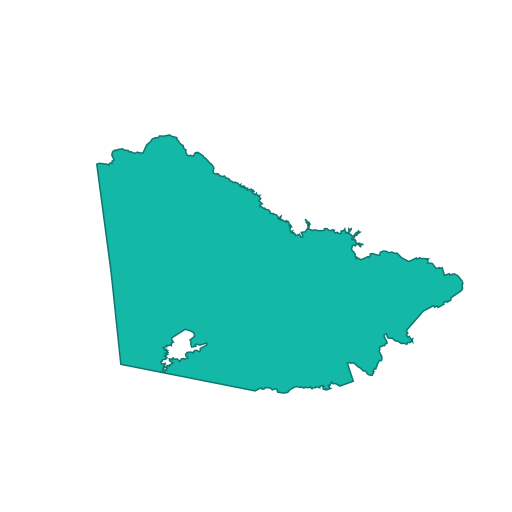 Mansfield, Victoria, Australia (Robinson projection), rotated 152°
{"feature_id": "25037944B49622483033966", "entity_name": "Mansfield", "entity_type": "district", "adm_level": 2, "iso_a3": "AUS", "parent_name": "Australia", "parent_adm1": "Victoria", "projection": "robinson", "projection_center": [146.151, -37.241], "detail": "fine", "context": "isolated", "style": "filled", "palette": "teal", "viewbox_px": 512, "rotation_deg": 152, "n_neighbors": 0, "source": "geoboundaries", "source_scale": "gbopen_adm2", "svg_char_len": 6138}
<svg xmlns="http://www.w3.org/2000/svg" viewBox="0 0 512 512"><g transform="rotate(152 256 256)"><path d="M353.5,411.8L392.0,308.5L426.2,223.8L320.1,137.3L313.8,137.3L313.0,135.4L311.2,134.8L309.3,135.3L305.3,132.7L304.4,130.1L301.2,129.6L300.2,128.4L300.8,125.6L296.0,122.0L292.1,120.7L288.3,122.1L283.1,122.1L280.5,121.1L279.0,119.4L277.7,119.2L275.7,116.9L274.8,117.2L271.6,115.1L269.2,114.9L269.5,113.6L268.7,112.4L267.1,112.9L265.6,111.8L264.2,112.2L261.5,109.7L261.0,110.8L257.8,110.5L257.1,108.8L258.4,109.0L259.1,106.6L256.6,105.5L257.0,104.8L252.3,104.0L253.1,105.4L252.7,107.8L251.9,106.9L248.3,109.1L248.0,107.1L245.3,105.7L243.7,102.7L242.8,102.6L242.9,101.7L228.9,99.8L225.6,118.6L223.2,117.9L223.0,117.1L219.8,115.6L217.8,110.1L216.3,107.9L215.3,104.1L214.4,104.0L213.0,102.3L213.1,100.1L212.3,98.4L210.6,96.6L209.1,96.2L207.8,97.6L207.3,97.5L207.2,98.3L206.2,98.6L206.7,99.1L205.6,100.4L203.6,100.8L203.3,100.0L198.3,104.5L196.1,105.6L194.4,104.8L193.7,105.3L192.0,108.4L192.2,114.1L190.6,115.1L189.9,117.4L186.0,117.2L184.6,116.4L182.5,117.8L181.4,117.4L180.8,118.3L180.6,125.2L180.0,126.1L177.3,126.0L178.0,123.4L177.7,121.4L173.8,119.1L173.8,117.8L172.6,115.3L170.7,114.3L168.9,110.6L166.2,109.4L164.3,107.2L162.7,108.5L160.7,107.2L158.6,108.1L158.1,106.6L157.6,108.4L156.6,109.4L158.4,109.4L158.4,113.1L160.1,113.1L160.0,116.4L158.4,116.4L158.1,119.7L134.2,128.8L122.4,128.8L122.4,126.9L119.5,126.9L119.4,125.1L112.7,125.2L112.5,126.7L109.3,126.8L109.0,125.5L104.9,125.5L103.2,127.6L90.9,129.0L88.8,130.4L87.4,134.2L86.3,134.4L85.8,137.2L87.1,143.9L89.5,147.3L93.8,148.2L93.5,149.5L98.7,150.5L97.1,158.2L99.6,158.8L99.4,159.6L102.8,160.3L103.9,166.8L107.8,169.2L105.7,172.3L106.4,172.8L105.6,172.8L112.2,176.9L112.2,177.6L115.3,177.6L115.3,179.0L123.6,179.3L128.3,186.1L130.1,192.3L131.6,192.7L134.3,195.7L137.1,196.5L139.1,199.3L141.3,200.6L144.6,200.9L146.0,198.8L146.7,198.8L149.3,200.6L151.6,203.3L154.2,204.2L154.6,202.9L156.9,201.9L157.3,202.9L165.0,203.3L167.0,206.5L168.4,206.5L167.8,208.0L168.9,208.0L168.9,209.0L167.7,210.6L167.6,212.0L168.7,216.9L165.7,220.2L164.3,219.5L163.7,218.3L162.6,219.2L161.0,218.8L159.8,217.1L159.6,215.4L158.8,214.7L159.3,216.0L158.6,216.9L155.8,215.7L157.7,217.4L158.9,217.7L158.6,218.7L161.1,219.8L161.5,221.1L160.8,222.6L161.4,223.5L160.9,224.3L163.1,225.0L163.8,225.9L162.9,226.6L160.8,226.2L159.2,227.6L157.4,226.9L156.7,227.7L153.0,228.2L153.8,228.8L153.7,229.9L155.1,229.3L156.3,229.6L160.2,227.9L161.7,228.4L162.3,230.8L164.0,232.7L159.8,234.6L158.5,235.9L161.3,234.4L161.3,236.4L161.9,235.8L161.9,234.1L164.0,233.5L165.9,234.2L165.2,235.5L165.6,236.5L164.9,238.2L166.8,237.2L169.1,238.1L170.3,236.1L172.0,236.6L173.2,238.8L175.2,239.1L175.9,241.2L174.8,241.9L175.6,242.3L175.7,243.2L178.1,243.4L179.7,244.4L180.4,246.9L182.8,248.0L183.4,246.7L184.4,246.8L188.4,248.7L192.2,251.7L193.8,251.8L196.8,255.1L194.5,258.1L193.3,258.7L193.5,261.2L194.9,261.9L194.6,264.0L195.5,265.3L195.1,263.7L195.9,261.9L194.9,259.4L196.0,258.9L196.0,257.5L197.5,256.0L201.4,254.3L205.0,255.6L205.1,251.9L206.4,250.8L207.3,251.6L207.4,254.8L211.4,255.3L211.3,257.3L212.4,258.2L211.8,258.9L213.6,259.9L212.0,260.9L214.0,261.3L214.1,262.7L212.0,265.3L210.8,265.0L210.7,265.7L211.7,266.1L211.2,267.0L212.5,266.6L211.3,269.7L211.5,271.5L212.6,271.4L212.4,272.4L213.1,272.0L213.2,272.9L214.3,272.5L215.6,275.4L217.1,275.9L216.8,276.7L217.4,276.9L215.2,279.4L216.1,279.3L217.6,277.8L217.7,278.4L218.2,277.5L218.8,278.0L218.0,278.8L218.7,279.1L218.4,282.2L220.9,285.1L220.7,286.0L221.3,285.3L223.5,287.1L222.7,287.8L223.1,290.6L225.7,292.7L225.9,294.2L226.7,294.0L228.1,297.1L229.4,298.0L228.0,299.3L226.0,299.1L227.5,303.5L224.9,304.4L225.5,307.1L224.2,307.7L226.1,308.5L226.5,309.7L226.1,311.2L228.1,310.5L229.3,313.4L228.4,314.3L227.5,313.9L227.6,315.2L229.2,314.6L229.9,315.2L228.5,316.4L228.7,317.3L232.8,318.3L231.6,319.9L233.1,320.4L233.6,322.8L234.6,321.8L234.5,323.6L235.3,323.2L235.6,324.3L236.7,323.8L236.7,325.4L236.0,326.3L237.4,325.9L237.8,328.8L239.1,329.5L239.3,330.7L241.7,331.6L242.0,333.0L243.4,334.3L243.7,336.9L245.9,339.1L246.3,341.5L247.8,341.6L250.1,343.6L250.9,346.4L251.8,347.1L252.6,346.7L254.6,349.2L254.3,350.8L252.0,353.3L251.7,354.6L252.4,358.6L253.0,359.2L254.6,365.8L255.7,367.6L255.7,369.3L258.6,374.8L259.3,375.1L259.8,374.4L260.5,375.5L261.6,375.5L263.8,373.8L265.5,374.4L266.4,375.6L267.7,375.7L269.4,377.3L269.3,380.7L268.0,382.7L268.9,383.7L269.2,385.0L268.5,387.7L270.2,390.7L270.5,394.2L271.2,395.8L270.3,397.7L274.6,401.6L275.3,403.4L281.4,405.2L284.8,407.3L287.1,406.4L289.2,407.7L292.7,408.0L295.5,406.4L300.3,405.5L307.4,400.0L309.5,401.1L312.0,403.4L315.3,403.7L317.5,406.9L319.0,407.3L319.3,409.2L322.1,410.9L323.7,413.4L328.8,415.1L329.9,414.6L330.9,415.8L333.8,415.3L335.9,412.8L336.2,407.7L336.7,407.2L338.4,407.4L339.8,405.4L340.2,406.1L341.8,406.6L343.2,405.4L344.7,407.2L350.8,411.4L353.5,411.8ZM349.2,198.8L351.0,198.1L352.7,200.6L354.3,201.3L356.2,200.8L357.1,199.8L358.2,201.4L360.4,202.7L361.4,202.4L362.0,203.2L364.4,202.2L364.8,200.4L364.1,199.9L363.9,198.5L364.4,197.7L365.8,198.5L367.4,198.3L368.2,199.5L370.0,200.2L372.9,198.7L373.6,201.6L374.7,202.6L376.7,202.9L376.9,204.9L377.9,204.9L378.9,204.0L380.8,205.9L381.5,204.1L379.5,200.5L381.0,200.7L382.8,199.9L383.5,200.5L384.2,199.3L385.9,201.0L386.2,200.1L387.6,200.0L387.2,198.7L388.2,198.3L388.4,197.4L389.7,198.0L390.7,197.5L390.8,196.8L391.9,197.4L392.5,198.6L392.0,199.3L390.7,199.4L390.7,200.4L388.8,200.4L388.5,201.1L389.5,201.9L387.3,202.8L386.6,203.9L390.0,204.9L389.7,207.5L387.9,207.3L387.7,208.0L386.1,208.0L384.5,207.3L382.4,207.9L382.4,209.0L383.4,209.4L383.6,210.9L380.4,210.6L381.8,212.7L379.0,211.9L379.5,213.5L378.4,213.9L379.7,214.9L378.9,215.7L380.7,216.2L380.3,216.9L381.0,218.5L377.3,217.9L376.8,218.2L377.1,219.0L376.5,219.0L375.2,217.8L373.6,217.8L372.8,216.6L371.4,218.8L369.4,218.7L369.7,221.4L368.9,223.3L352.9,224.5L348.7,220.3L346.8,217.0L348.1,213.9L353.8,212.8L353.5,210.7L354.9,209.1L355.5,205.8L351.5,204.5L351.2,206.1L349.9,206.2L347.5,203.7L340.5,202.3L341.3,200.4L348.8,200.5L349.2,198.8Z" fill="#14b8a6" stroke="#0f766e" stroke-width="1.5"/></g></svg>